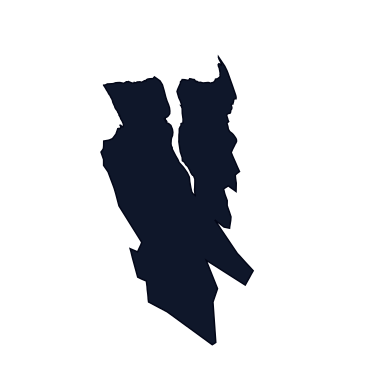 outline of Kåfjord nor 2, Troms, Norway, rotated 56°
{"feature_id": "86288312B7453580545213", "entity_name": "Kåfjord nor 2", "entity_type": "district", "adm_level": 2, "iso_a3": "NOR", "parent_name": "Norway", "parent_adm1": "Troms", "projection": "natural_earth1", "projection_center": [20.51, 69.497], "detail": "fine", "context": "isolated", "style": "filled", "palette": "ink", "viewbox_px": 384, "rotation_deg": 56, "n_neighbors": 0, "source": "geoboundaries", "source_scale": "gbopen_adm2", "svg_char_len": 5687}
<svg xmlns="http://www.w3.org/2000/svg" viewBox="0 0 384 384"><g transform="rotate(56 192 192)"><path d="M94.8,94.5L95.2,94.8L95.5,94.8L96.1,95.0L96.6,95.2L97.3,95.3L97.6,95.3L97.9,95.4L98.3,95.4L100.5,95.6L101.5,95.8L102.2,96.0L102.3,96.1L102.7,96.3L103.3,96.7L103.3,96.9L103.2,96.9L103.2,97.0L102.6,96.9L102.4,96.9L101.6,97.3L100.7,98.0L101.0,99.0L102.4,99.7L104.5,100.1L109.3,102.2L110.3,103.1L111.8,103.8L112.3,105.2L112.4,107.6L111.6,109.4L112.5,110.5L113.2,113.0L112.6,114.1L112.2,115.8L110.6,116.9L110.0,117.8L107.8,121.9L105.8,123.6L104.9,125.2L102.9,126.1L103.1,126.8L102.6,127.1L100.1,127.2L98.9,128.6L97.9,129.4L96.8,130.6L97.5,131.9L97.0,133.1L94.7,135.4L93.3,137.3L93.9,138.3L94.2,139.9L95.4,140.8L97.2,143.7L98.9,146.4L100.3,148.2L106.5,150.2L109.8,150.7L113.6,151.7L114.0,152.0L113.8,152.1L113.7,152.0L113.8,152.2L114.1,152.3L114.3,152.6L114.2,152.4L114.4,152.4L115.1,152.7L114.8,152.9L115.1,152.9L115.4,152.9L115.8,153.1L117.2,153.4L121.4,156.1L126.7,158.7L129.7,160.9L129.2,162.8L130.9,164.0L131.3,165.2L132.5,167.2L135.6,169.3L137.3,170.8L139.3,172.2L141.1,173.4L143.0,174.8L146.5,176.5L152.1,179.2L157.9,180.8L160.7,182.5L163.0,181.6L166.2,181.8L167.1,181.5L168.7,181.2L170.6,181.4L173.5,181.7L174.6,182.0L176.9,182.2L178.4,182.1L178.9,181.7L180.4,181.7L181.4,182.1L182.6,182.2L185.2,183.9L189.4,186.9L190.8,188.0L191.5,188.6L194.1,190.0L196.6,191.0L196.8,191.3L193.9,192.2L191.6,192.1L187.8,190.6L182.2,188.1L178.2,185.9L173.3,185.2L166.8,185.3L160.3,186.2L157.3,185.6L152.7,185.3L145.3,184.4L144.3,183.7L141.9,183.3L140.0,182.3L136.9,179.9L135.6,178.6L134.3,176.6L131.8,174.5L129.1,173.2L125.0,172.3L122.3,173.1L120.2,174.4L118.8,174.2L119.1,173.5L118.3,173.5L117.5,174.1L116.1,174.0L116.6,173.3L115.5,172.8L115.8,170.5L115.6,169.2L114.6,166.7L112.5,165.1L109.6,163.6L106.6,162.7L102.7,161.9L98.6,160.7L92.5,158.5L86.6,156.6L82.0,156.4L78.4,157.7L75.6,158.8L76.2,161.0L75.4,162.2L74.2,164.3L73.6,165.8L73.5,167.2L74.2,168.0L73.2,169.1L73.0,172.3L71.5,173.6L70.8,174.9L70.1,176.0L70.2,177.4L68.8,178.7L69.3,179.5L68.0,180.9L66.1,182.2L64.8,183.0L64.8,183.5L63.9,184.8L63.9,185.9L63.8,187.8L60.9,190.6L59.6,192.7L58.7,194.4L58.1,196.7L56.5,199.5L55.1,201.8L54.8,204.3L54.0,205.4L54.0,205.5L54.6,205.6L55.5,205.5L57.0,205.6L57.6,205.6L58.3,205.7L58.7,205.6L59.3,205.8L59.5,205.8L60.7,205.8L61.0,205.8L61.5,205.8L61.9,205.8L62.3,205.9L63.4,206.0L63.7,206.1L64.3,206.1L65.0,206.1L65.7,206.0L66.2,205.9L66.7,206.0L66.8,206.0L67.1,206.2L69.0,206.4L69.4,206.3L69.9,206.3L70.3,206.5L70.7,206.6L71.0,206.6L72.1,206.9L72.4,207.1L73.6,207.5L75.9,207.9L77.4,208.1L78.0,208.3L79.0,208.6L80.0,208.7L81.2,208.7L82.1,208.6L82.5,208.6L83.1,208.6L83.6,208.7L84.3,208.9L84.8,208.9L86.7,209.0L86.9,209.0L87.1,209.0L87.3,209.0L87.5,209.0L87.4,209.2L87.4,209.3L87.4,209.5L89.1,209.6L90.2,209.7L90.5,209.8L90.8,209.9L91.3,210.1L93.5,210.2L94.6,210.3L95.4,210.5L96.2,210.6L96.9,210.8L97.3,210.9L97.9,211.2L98.1,211.4L98.5,211.6L98.9,212.0L99.1,212.4L99.3,212.6L99.4,212.8L99.4,213.0L98.9,213.2L98.6,213.3L98.4,213.4L98.3,213.5L98.0,213.6L97.8,213.7L97.0,213.8L96.8,213.8L96.6,214.0L96.5,214.3L97.4,214.4L98.0,214.5L98.6,214.6L98.6,214.8L98.6,215.0L98.7,215.3L99.1,215.7L99.0,215.9L99.3,216.3L99.2,216.6L99.1,216.8L98.5,217.0L98.3,217.2L98.3,217.4L98.3,217.5L98.2,217.7L98.0,218.1L98.2,218.3L98.3,218.3L98.5,218.6L98.6,218.9L98.8,219.1L99.0,219.4L99.2,219.7L99.7,220.1L99.8,220.5L100.5,221.2L100.5,221.3L100.7,221.7L100.8,221.9L101.3,222.2L101.7,223.4L102.5,225.6L103.3,228.1L103.2,228.6L102.8,230.9L102.5,231.9L102.3,232.5L101.3,234.7L100.4,236.7L104.3,239.4L106.4,241.1L107.3,243.0L108.0,245.1L115.6,247.1L117.7,248.5L120.5,250.4L128.3,250.3L144.2,254.1L146.0,254.6L150.7,256.1L162.7,260.3L200.0,261.6L205.6,261.8L207.2,264.0L209.5,267.9L211.2,270.6L204.4,275.0L206.9,275.8L213.4,278.2L232.2,284.6L233.6,283.8L236.0,282.4L238.5,280.8L240.2,279.6L245.4,282.2L247.8,283.6L252.3,285.9L254.8,287.3L256.3,288.2L258.9,289.5L277.4,279.6L329.9,260.6L330.0,259.0L330.0,256.4L295.0,236.2L293.0,233.6L286.4,224.9L256.4,218.4L298.9,199.9L295.2,192.6L294.1,190.5L293.2,188.8L292.0,186.3L291.5,185.3L282.4,186.7L279.1,187.2L271.2,188.3L268.4,188.8L261.7,188.8L255.3,188.8L249.8,188.8L241.0,188.8L238.4,188.8L234.6,188.7L231.2,188.8L227.6,188.7L229.2,188.3L234.4,186.5L238.9,185.1L243.0,181.1L241.9,180.2L238.8,177.3L237.3,175.9L234.4,173.6L229.1,172.1L225.2,171.1L222.8,170.4L218.8,167.6L213.0,166.2L211.3,165.7L208.7,164.7L207.1,164.2L207.1,161.5L207.2,159.1L207.2,158.4L209.5,157.7L212.6,156.5L216.2,155.2L209.3,150.3L208.6,150.0L205.1,148.3L203.1,147.2L202.1,146.6L201.9,145.3L201.7,144.1L201.7,143.4L201.6,141.2L196.2,140.3L194.2,139.9L184.8,138.2L181.1,137.4L180.2,135.9L179.2,134.4L177.1,130.6L176.4,129.5L176.0,128.5L175.1,127.0L174.7,126.6L174.3,126.4L173.9,126.1L173.4,125.9L172.7,125.7L171.7,125.6L169.7,125.6L167.5,125.7L166.9,125.8L165.5,126.1L164.1,126.6L163.1,126.9L162.3,126.9L161.6,126.9L160.8,126.8L160.1,126.7L159.4,126.4L158.2,125.8L157.1,125.4L155.5,124.9L154.7,124.8L154.4,124.1L154.2,123.4L154.2,122.8L154.1,122.2L153.1,122.1L152.4,121.9L151.0,121.4L148.6,120.7L147.7,120.3L147.4,119.8L147.1,119.3L147.1,118.9L147.3,117.8L147.3,117.3L147.9,116.7L147.9,116.4L147.7,115.9L147.3,115.3L146.8,114.9L146.0,114.4L145.9,114.1L145.5,113.0L144.7,112.0L144.0,111.6L142.5,111.1L141.5,110.6L141.3,110.2L141.4,109.9L141.4,109.7L141.8,109.1L141.9,108.9L141.6,108.6L141.2,108.3L141.0,108.0L140.8,107.7L140.5,107.4L140.2,107.1L139.7,106.5L138.9,106.0L138.7,105.7L138.6,105.4L138.7,104.1L138.9,103.8L139.2,103.6L139.3,103.4L139.0,103.2L138.6,102.8L137.5,102.2L136.2,101.7L126.6,99.1L113.3,95.7L111.0,95.2L106.0,94.5L99.4,94.5L94.8,94.5Z" fill="#0f172a" stroke="#020617" stroke-width="1.5"/></g></svg>